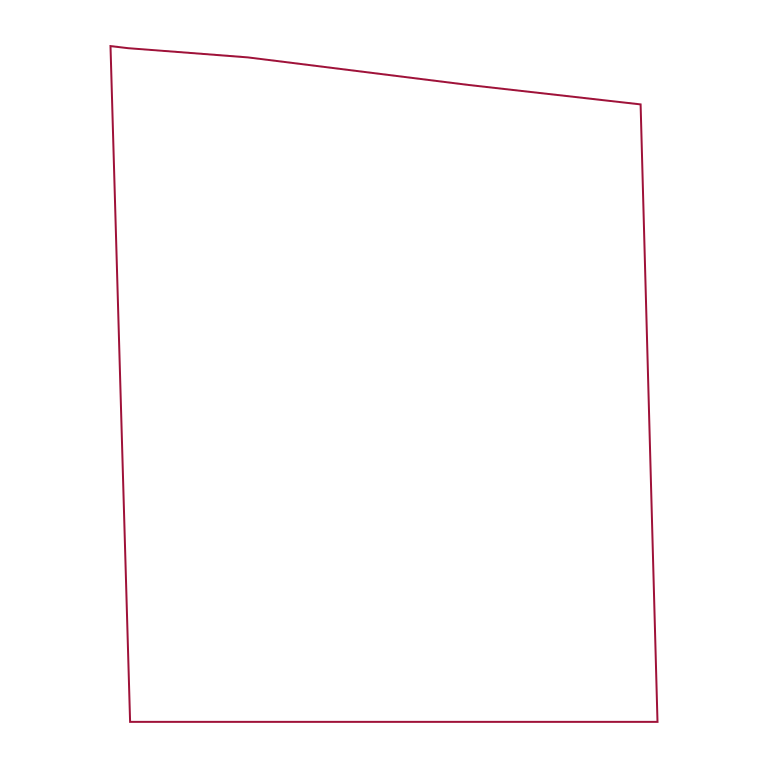 36, Ar Rayyān, Qatar (orthographic projection)
{"feature_id": "91078587B22410322487846", "entity_name": "36", "entity_type": "district", "adm_level": 2, "iso_a3": "QAT", "parent_name": "Qatar", "parent_adm1": "Ar Rayyān", "projection": "orthographic", "projection_center": [51.481, 25.302], "detail": "fine", "context": "isolated", "style": "outline", "palette": "rose", "viewbox_px": 768, "rotation_deg": 0, "n_neighbors": 0, "source": "geoboundaries", "source_scale": "gbopen_adm2", "svg_char_len": 231}
<svg xmlns="http://www.w3.org/2000/svg" viewBox="0 0 768 768"><path d="M640.6,104.4L604.3,100.3L468.7,85.0L247.9,57.4L128.3,48.2L110.5,46.1L130.1,721.9L657.5,721.9L640.6,104.4Z" fill="none" stroke="#9f1239" stroke-width="2"/></svg>